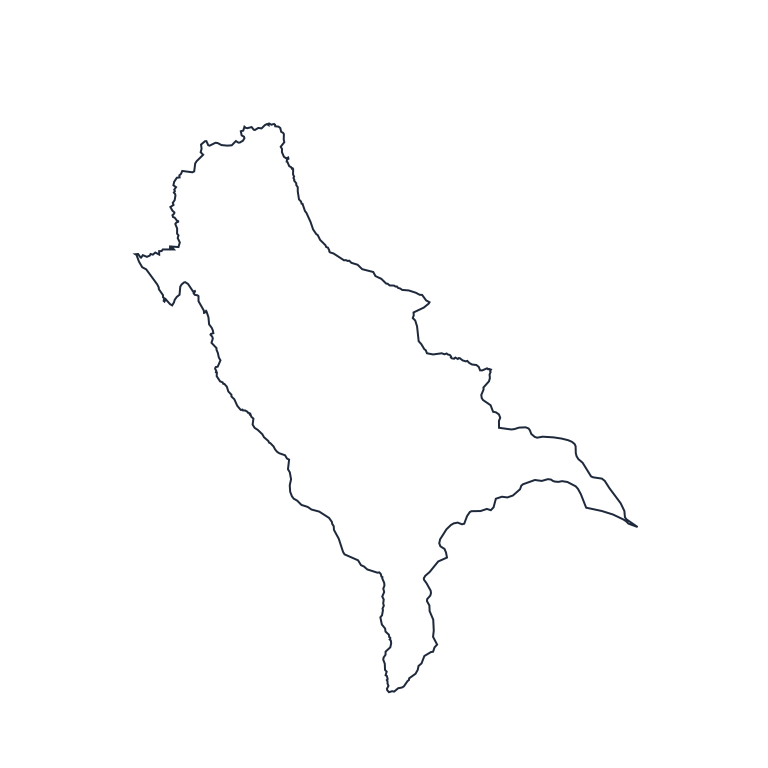 Duitama, Boyacá, Colombia, rotated 159°
{"feature_id": "7082276B48386151421369", "entity_name": "Duitama", "entity_type": "district", "adm_level": 2, "iso_a3": "COL", "parent_name": "Colombia", "parent_adm1": "Boyacá", "projection": "robinson", "projection_center": [-73.056, 5.897], "detail": "fine", "context": "isolated", "style": "outline", "palette": "slate", "viewbox_px": 768, "rotation_deg": 159, "n_neighbors": 0, "source": "geoboundaries", "source_scale": "gbopen_adm2", "svg_char_len": 6155}
<svg xmlns="http://www.w3.org/2000/svg" viewBox="0 0 768 768"><g transform="rotate(159 384 384)"><path d="M490.5,98.4L490.7,96.9L489.8,94.5L486.5,94.3L484.8,93.2L479.8,94.9L476.0,94.2L473.8,94.6L468.5,98.2L466.8,98.7L466.0,100.2L458.4,102.2L455.0,105.0L452.8,108.4L449.1,109.7L443.8,115.6L436.4,116.9L434.1,116.5L431.2,120.0L427.8,121.7L428.8,130.4L425.9,136.0L422.5,146.3L422.8,155.6L421.0,161.0L421.7,165.9L420.8,167.7L416.6,169.9L415.1,171.9L414.5,174.3L415.7,182.8L416.8,186.8L416.5,188.3L414.3,190.1L408.8,192.1L397.0,198.9L387.4,199.4L386.5,204.4L386.6,208.3L389.5,212.2L389.5,215.5L387.3,218.9L377.7,226.0L372.0,228.4L368.9,228.9L364.9,228.2L361.5,225.1L359.2,224.8L353.8,230.9L349.8,233.7L347.9,233.9L339.4,230.8L332.7,230.5L329.5,227.9L325.9,229.6L320.7,236.8L314.3,236.5L309.5,233.9L303.6,233.7L294.7,237.0L292.2,239.9L290.1,240.6L277.5,240.3L271.5,237.0L265.0,236.4L262.3,234.9L261.0,232.9L259.3,231.6L256.2,230.1L252.6,229.5L247.9,226.8L241.7,219.8L240.5,216.6L239.7,210.5L239.6,196.1L226.2,187.4L217.0,180.1L209.2,171.9L207.2,169.2L205.8,166.0L198.5,159.6L206.2,170.8L206.8,173.3L205.1,179.3L205.8,187.9L210.9,206.0L212.6,214.4L214.5,217.6L222.3,222.0L223.8,223.5L226.8,239.3L229.5,244.3L230.1,247.6L229.7,250.8L227.4,257.3L227.6,259.8L229.3,262.7L232.3,265.6L237.9,269.5L245.0,273.5L254.9,278.0L260.3,279.0L262.3,280.7L264.4,284.6L264.4,288.6L265.0,290.7L267.3,292.8L273.6,294.9L278.7,295.2L281.6,296.0L292.3,301.9L289.9,308.4L287.6,310.8L287.6,314.4L289.6,317.4L292.1,319.0L292.1,326.0L297.3,333.5L297.8,335.9L297.1,338.9L293.0,343.2L292.4,345.1L285.0,348.9L283.0,351.6L282.1,354.9L280.2,357.0L280.3,358.1L279.0,359.1L280.7,360.5L281.5,360.4L282.2,361.7L287.4,361.5L289.4,362.3L289.4,365.9L290.9,368.6L294.9,370.7L297.0,373.3L297.9,375.7L299.5,375.8L302.2,377.9L303.9,380.8L304.8,381.4L306.1,380.9L307.9,383.1L309.5,382.5L311.5,383.7L312.1,384.9L311.5,385.6L312.2,387.6L313.7,388.5L314.6,390.0L316.9,390.1L319.1,392.0L327.6,394.0L332.9,397.3L332.9,400.5L333.9,402.1L334.9,407.9L336.3,411.5L332.5,425.9L332.1,432.1L333.5,435.2L331.6,437.5L330.8,440.2L319.4,441.1L313.3,443.1L312.2,444.0L314.7,446.9L316.5,453.5L318.7,454.5L321.6,457.8L327.4,462.5L333.3,465.3L334.6,467.3L336.4,468.6L337.0,470.4L338.4,470.9L339.4,472.3L343.4,474.0L344.7,476.3L346.0,477.0L348.8,483.1L353.3,487.8L353.9,492.4L363.2,499.0L365.9,504.8L371.0,508.8L372.3,511.6L373.7,511.8L375.2,513.3L377.0,513.8L384.3,523.9L387.1,526.1L387.6,527.2L387.2,528.4L387.5,531.4L388.9,532.7L388.9,534.5L392.0,541.4L392.5,546.8L393.5,548.1L394.8,553.7L394.5,561.7L395.1,571.6L395.8,573.8L395.5,581.3L396.3,581.8L396.1,584.1L397.2,586.8L395.5,594.7L394.0,598.6L394.6,601.1L394.0,602.9L395.0,606.0L394.5,606.9L394.7,608.8L393.6,609.8L393.8,612.2L391.8,617.2L392.0,618.1L392.8,618.0L393.0,619.7L394.4,621.3L394.6,625.9L395.2,626.5L394.2,628.1L392.5,628.5L392.3,629.8L394.4,629.7L396.0,632.0L396.2,637.1L395.0,639.9L395.4,642.5L390.4,645.5L390.0,648.2L387.9,653.2L388.2,654.6L389.6,656.3L389.1,660.2L390.3,662.1L393.2,663.6L392.8,665.1L393.5,666.2L396.2,666.4L397.9,668.4L398.6,668.4L399.0,667.0L400.2,668.6L402.4,668.4L406.7,666.5L409.6,668.1L413.5,667.4L414.5,668.1L415.5,671.3L419.9,671.8L421.3,672.7L422.1,674.2L424.6,671.0L427.1,671.3L427.8,667.1L426.1,665.1L426.2,663.5L428.5,661.7L432.1,661.1L433.4,661.5L435.2,663.9L440.6,661.4L444.9,662.7L450.1,665.3L453.0,668.6L454.9,669.6L461.4,669.0L462.5,669.9L462.8,674.4L464.1,674.8L469.0,673.1L470.0,669.0L472.1,666.1L470.7,662.8L479.0,659.2L481.2,657.6L485.0,650.5L487.0,650.3L496.0,655.2L498.2,652.9L500.3,652.1L500.8,650.1L503.5,650.8L507.5,647.9L509.4,645.0L507.6,642.3L510.2,640.6L510.1,639.0L511.6,638.0L510.9,636.2L511.2,634.6L513.6,630.6L516.3,628.8L516.3,626.6L520.0,625.8L519.4,621.6L518.2,619.3L518.8,618.3L521.0,617.4L521.1,615.4L519.8,614.3L518.7,610.5L517.8,609.8L518.0,609.2L520.1,609.1L521.5,608.2L521.4,603.3L523.3,598.5L522.6,596.4L524.3,594.2L523.9,589.3L526.8,585.5L534.4,589.1L535.0,587.7L532.5,586.6L531.9,584.9L542.3,588.9L544.0,587.8L546.3,588.6L547.5,585.4L550.4,588.7L553.5,587.6L555.3,589.0L556.7,587.8L559.8,587.7L563.0,590.7L565.5,589.0L565.9,589.3L567.0,593.5L569.5,594.2L568.8,593.3L568.9,586.1L567.9,579.7L564.9,576.2L560.0,558.2L559.7,554.9L560.2,553.2L558.5,546.1L559.2,544.1L558.4,542.8L559.9,540.6L559.4,539.6L557.4,541.3L555.2,535.4L553.6,533.3L550.8,535.5L549.2,537.6L546.2,539.6L542.9,540.6L539.3,547.9L537.2,549.5L534.2,550.5L533.1,550.3L531.1,547.6L529.1,538.7L527.3,538.6L527.4,538.0L529.2,536.8L528.7,535.1L526.3,533.6L525.7,532.5L527.5,527.7L525.9,517.2L526.5,514.9L525.7,514.8L523.9,516.0L523.7,515.4L524.0,509.1L525.9,502.4L524.7,498.1L524.6,495.4L525.1,492.6L527.6,492.8L528.3,492.2L527.4,489.8L527.5,487.8L530.3,484.3L527.5,477.5L528.1,476.1L528.0,472.4L528.7,468.0L528.2,464.7L533.0,459.8L535.1,460.1L535.7,459.5L536.2,458.7L535.9,456.3L536.7,455.2L535.9,454.6L537.4,451.3L536.1,445.2L534.1,443.4L534.0,441.8L533.0,441.3L531.7,437.8L532.0,432.8L530.3,428.6L530.9,427.0L529.2,423.4L528.8,416.3L527.3,411.8L526.8,411.0L525.3,410.8L525.1,409.8L523.2,409.1L521.5,407.1L521.3,405.9L520.3,405.2L520.2,403.7L519.5,403.9L519.6,400.9L518.3,398.5L521.2,393.2L520.5,389.4L518.3,386.4L515.6,380.7L515.1,377.3L512.4,372.2L512.3,370.4L511.3,369.5L509.5,365.3L509.1,361.9L508.1,359.0L506.6,356.9L501.9,352.9L501.3,349.2L499.7,347.4L504.2,338.8L503.6,335.3L504.9,328.4L508.3,323.2L510.2,317.1L510.2,312.2L509.4,309.3L506.9,306.3L504.4,300.7L499.3,296.6L496.7,292.8L490.2,288.1L483.3,278.7L482.1,274.0L482.5,271.8L481.9,269.3L483.0,265.7L481.7,255.7L482.4,241.9L481.9,239.1L471.4,228.7L470.4,223.1L468.1,220.8L466.1,216.9L457.6,210.1L455.9,209.8L455.1,207.8L455.4,205.1L454.7,204.3L455.3,203.0L455.1,198.3L455.8,195.7L458.0,193.2L458.4,189.7L461.8,186.2L461.5,182.9L463.4,179.4L463.6,177.1L465.9,174.8L466.0,173.3L468.7,168.8L471.0,167.5L472.2,160.2L470.6,155.3L471.3,152.3L469.3,148.2L469.8,145.9L469.1,144.9L469.6,143.6L470.2,143.4L469.6,142.0L470.2,139.4L472.5,135.9L478.4,133.6L479.6,130.7L482.4,128.8L483.5,126.9L483.5,122.6L485.5,116.7L484.6,114.5L486.9,111.5L486.0,110.5L486.3,107.3L487.5,106.6L487.2,105.4L488.1,102.9L488.0,100.6L490.5,98.4Z" fill="none" stroke="#1e293b" stroke-width="2"/></g></svg>